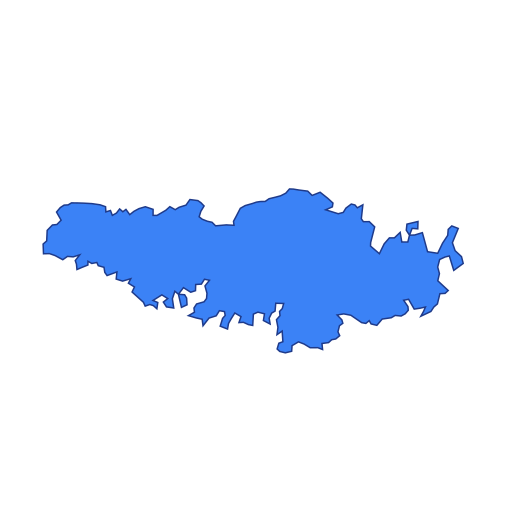 Victor Graeff, Rio Grande do Sul, Brazil (Mercator projection), rotated 251°
{"feature_id": "56859067B40903979142866", "entity_name": "Victor Graeff", "entity_type": "district", "adm_level": 2, "iso_a3": "BRA", "parent_name": "Brazil", "parent_adm1": "Rio Grande do Sul", "projection": "mercator", "projection_center": [-52.689, -28.548], "detail": "fine", "context": "isolated", "style": "filled", "palette": "blue", "viewbox_px": 512, "rotation_deg": 251, "n_neighbors": 0, "source": "geoboundaries", "source_scale": "gbopen_adm2", "svg_char_len": 3327}
<svg xmlns="http://www.w3.org/2000/svg" viewBox="0 0 512 512"><g transform="rotate(251 256 256)"><path d="M321.8,66.2L315.4,72.1L317.0,77.6L314.7,82.9L314.5,89.7L310.5,83.6L306.8,83.6L301.5,82.3L301.9,87.8L302.2,94.1L305.7,95.4L302.4,98.3L301.7,103.4L298.2,103.7L294.8,108.6L289.8,107.7L286.0,108.8L286.2,119.3L279.7,116.3L275.7,121.7L275.3,130.2L271.8,126.5L266.3,131.0L262.3,127.1L248.9,134.5L244.7,134.9L244.7,139.8L242.5,142.8L238.4,145.1L244.0,148.0L247.5,144.1L249.9,154.3L244.5,158.7L242.6,153.4L237.0,154.8L233.6,161.3L242.8,163.0L249.1,167.8L245.1,170.2L249.7,177.1L243.0,182.5L242.9,187.5L248.7,189.7L247.2,195.2L250.8,199.7L248.2,204.1L244.3,198.0L236.7,197.5L231.9,195.4L229.6,192.0L230.0,184.2L227.0,180.4L222.9,179.5L221.6,172.7L216.9,179.3L213.7,184.5L207.3,183.2L212.6,191.4L212.4,198.9L216.2,203.6L213.7,208.1L209.8,207.5L207.9,204.1L201.3,199.3L196.2,205.3L201.2,208.1L204.9,212.3L209.0,217.4L203.6,222.1L198.6,218.2L197.4,222.5L193.6,226.5L191.4,230.3L201.9,234.6L202.3,239.5L198.6,245.2L192.6,242.0L187.1,247.2L192.9,248.2L196.9,252.2L197.7,256.1L204.9,259.3L202.1,266.7L197.7,263.7L195.9,260.2L191.8,259.3L189.1,254.6L181.4,253.5L174.8,250.2L176.5,256.3L166.2,253.5L166.1,249.2L161.2,245.7L158.0,247.4L154.9,252.2L154.3,258.7L159.5,260.9L161.0,268.2L157.1,272.8L151.6,277.4L149.2,284.6L145.9,288.5L151.8,289.9L150.5,296.4L152.2,300.3L151.6,304.4L153.4,309.2L157.6,308.8L162.9,312.2L164.1,316.2L167.7,316.4L173.8,313.5L172.7,320.1L169.1,326.4L158.6,334.2L156.5,337.9L158.0,342.0L154.3,342.7L151.1,347.7L155.3,354.8L153.6,363.8L154.5,368.2L152.0,373.7L152.8,378.3L155.1,382.3L158.7,383.2L166.1,381.2L165.4,386.2L154.3,388.3L153.2,394.3L152.6,399.6L149.0,396.3L145.4,392.3L146.6,403.3L149.9,407.6L151.6,411.9L160.5,417.6L159.1,422.6L160.8,426.5L173.4,419.8L179.6,423.7L186.4,424.2L192.9,428.5L193.5,434.4L193.1,438.8L178.0,438.3L181.5,449.5L188.5,450.1L196.2,446.0L204.6,446.0L216.2,456.2L220.7,450.9L218.6,446.4L213.1,444.0L207.4,436.6L199.4,428.7L204.2,419.6L223.9,420.9L224.2,412.9L225.7,407.9L219.8,404.1L221.8,398.4L231.4,400.0L228.1,392.8L229.7,388.0L225.8,381.2L218.0,373.4L228.1,367.5L231.4,368.8L244.9,377.7L251.6,374.3L253.5,368.7L256.9,367.7L269.6,373.7L268.6,367.5L272.0,366.2L274.1,363.0L272.0,356.6L268.8,352.7L269.2,347.5L277.0,336.9L277.6,344.2L281.0,346.0L287.4,342.5L295.4,337.4L295.0,328.8L300.5,326.0L304.4,318.1L307.1,313.1L308.5,309.5L305.7,304.6L304.9,298.9L305.3,293.3L305.9,287.0L304.6,282.4L306.1,277.8L306.8,273.9L306.8,269.8L307.2,262.2L306.2,256.7L300.0,250.2L296.1,246.0L292.2,245.2L295.1,238.0L297.7,227.6L302.2,225.4L304.7,221.3L308.3,217.1L311.6,215.0L316.2,218.4L320.2,223.2L324.3,221.3L327.3,219.1L330.9,211.9L326.9,206.4L327.1,199.2L326.1,194.7L330.7,190.6L328.6,185.6L326.6,175.6L327.9,171.9L333.6,173.9L338.6,167.4L338.9,160.8L338.0,155.2L336.2,150.1L342.4,148.2L341.2,144.5L344.9,142.4L342.0,138.0L341.2,133.4L346.4,133.2L346.6,128.4L351.6,129.8L355.2,125.2L359.0,117.8L362.1,110.2L364.0,105.2L366.3,98.8L365.5,95.0L366.6,91.1L365.5,86.7L362.5,81.7L353.3,83.4L350.6,78.0L351.6,73.6L348.2,66.9L338.4,63.0L336.6,58.6L327.3,55.8L325.5,61.5L321.8,66.2ZM225.7,407.9L231.3,412.6L229.0,417.8L235.9,420.4L237.0,409.1L231.5,406.5L225.7,407.9ZM245.1,170.2L231.7,168.8L232.3,174.9L238.8,176.7L242.6,175.9L245.1,170.2Z" fill="#3b82f6" stroke="#1e3a8a" stroke-width="1.5"/></g></svg>